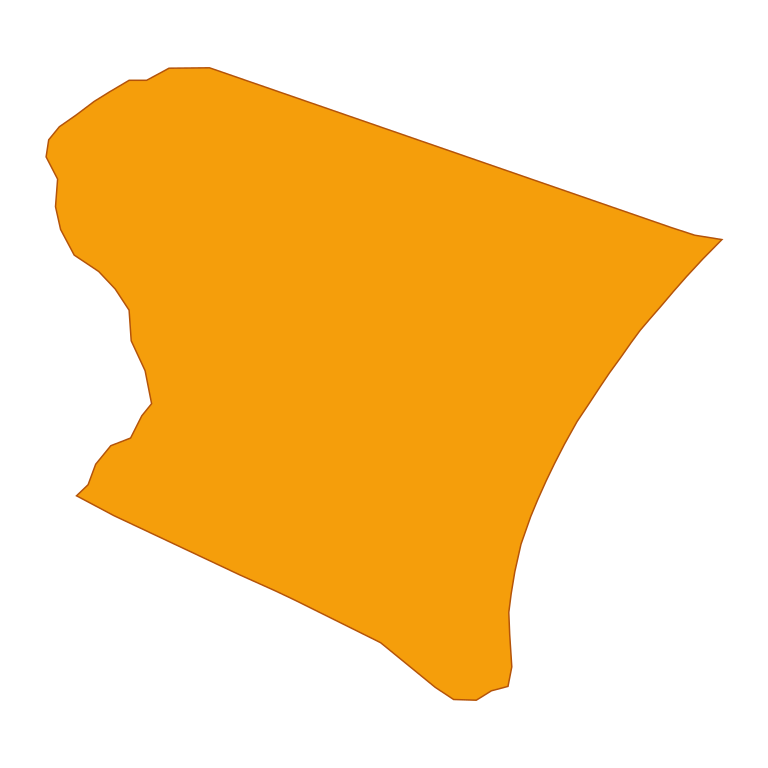 Feliz Deserto, Alagoas, Brazil (Robinson projection)
{"feature_id": "56859067B26079744538981", "entity_name": "Feliz Deserto", "entity_type": "district", "adm_level": 2, "iso_a3": "BRA", "parent_name": "Brazil", "parent_adm1": "Alagoas", "projection": "robinson", "projection_center": [-36.335, -10.29], "detail": "fine", "context": "isolated", "style": "filled", "palette": "amber", "viewbox_px": 768, "rotation_deg": 0, "n_neighbors": 0, "source": "geoboundaries", "source_scale": "gbopen_adm2", "svg_char_len": 869}
<svg xmlns="http://www.w3.org/2000/svg" viewBox="0 0 768 768"><path d="M169.0,68.2L146.6,80.3L129.1,80.3L109.3,92.0L94.2,101.4L75.9,115.2L59.4,126.7L48.7,139.8L46.1,156.9L57.6,179.1L55.5,206.7L60.6,229.5L74.2,255.1L98.7,271.5L115.2,289.0L129.1,310.2L131.2,340.8L145.1,370.7L151.6,403.7L141.8,415.8L130.6,438.0L110.8,445.7L95.7,464.2L88.1,484.7L76.5,495.8L113.8,515.6L240.2,575.1L275.4,590.9L295.2,600.3L380.6,642.7L435.3,687.4L453.6,699.5L476.3,700.2L491.4,690.8L508.0,686.4L511.8,666.9L509.7,634.6L508.8,612.4L511.2,593.6L514.8,571.8L521.0,544.2L530.7,516.6L537.8,499.5L546.1,481.0L554.4,463.8L564.4,444.3L577.1,421.5L588.6,404.3L600.5,386.2L609.6,372.7L621.1,356.9L631.2,342.5L640.1,330.4L649.8,319.0L661.3,305.8L673.5,291.4L686.5,276.6L703.0,258.8L721.9,239.6L694.7,235.2L671.1,227.5L209.5,67.8L169.0,68.2Z" fill="#f59e0b" stroke="#b45309" stroke-width="1.5"/></svg>